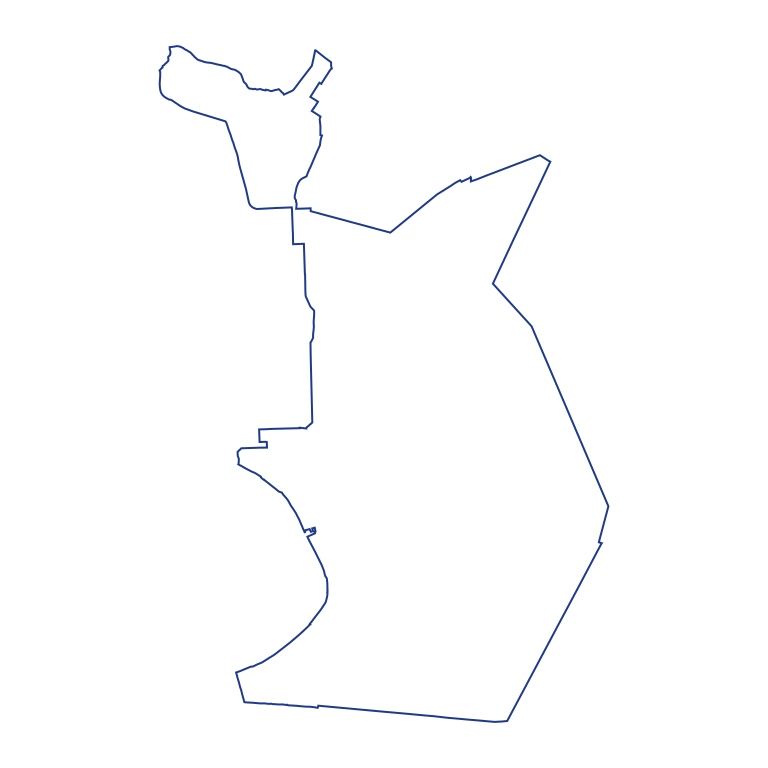 Hilversum, Noord-Holland, Netherlands (Mercator projection)
{"feature_id": "6326949B10155979142139", "entity_name": "Hilversum", "entity_type": "district", "adm_level": 2, "iso_a3": "NLD", "parent_name": "Netherlands", "parent_adm1": "Noord-Holland", "projection": "mercator", "projection_center": [5.144, 52.232], "detail": "fine", "context": "isolated", "style": "outline", "palette": "blue", "viewbox_px": 768, "rotation_deg": 0, "n_neighbors": 0, "source": "geoboundaries", "source_scale": "gbopen_adm2", "svg_char_len": 5854}
<svg xmlns="http://www.w3.org/2000/svg" viewBox="0 0 768 768"><path d="M608.4,506.3L566.3,407.5L553.4,377.3L531.6,326.3L492.9,283.7L513.2,240.2L535.8,192.5L550.3,161.7L548.2,160.6L539.9,155.2L486.3,175.6L477.0,179.3L470.9,181.4L471.0,178.5L470.9,177.6L470.9,177.3L470.6,177.0L470.3,177.5L469.7,177.9L469.0,178.3L461.5,181.8L460.2,180.2L457.6,181.6L455.2,182.9L451.3,185.5L451.1,185.7L437.1,194.4L390.3,232.6L376.1,228.8L310.7,211.2L310.6,208.3L303.5,208.6L296.2,208.8L296.4,206.9L296.6,204.0L296.5,202.9L296.4,202.5L296.0,201.9L296.0,200.3L295.4,199.3L294.9,198.4L294.7,197.3L294.7,196.1L295.1,194.3L295.5,192.6L296.5,187.6L296.6,187.1L298.0,183.6L298.4,182.7L298.7,182.1L299.9,180.4L300.8,179.5L301.6,178.9L302.6,178.3L306.4,176.4L306.7,176.0L307.2,174.4L309.3,169.4L310.5,167.0L311.7,164.2L316.4,153.1L320.0,145.1L320.1,143.6L320.6,140.2L321.2,137.8L322.0,135.5L320.4,135.1L320.4,125.8L319.7,119.6L319.7,119.1L319.9,118.4L320.5,116.6L315.2,113.1L311.8,111.0L313.7,108.1L313.8,107.9L314.0,108.0L317.0,103.3L318.0,101.7L310.4,96.9L319.4,82.7L321.3,83.9L321.5,83.6L321.5,83.4L329.7,70.7L331.1,68.8L331.8,68.6L331.8,68.3L331.3,66.8L331.1,65.3L331.1,62.8L331.1,62.5L331.1,62.4L329.2,60.8L328.3,60.3L327.3,59.4L325.9,58.5L315.6,50.3L315.2,50.3L313.4,59.0L312.0,65.2L311.7,66.0L307.4,71.6L303.3,76.9L300.1,81.1L295.4,87.4L293.5,89.8L292.6,90.5L291.9,90.9L283.9,94.6L283.0,93.1L282.1,92.5L281.0,91.4L280.6,90.8L279.9,90.3L279.1,89.4L278.7,89.2L277.0,89.7L274.5,90.2L272.1,91.0L271.0,91.1L270.3,90.9L268.2,90.2L267.3,89.9L265.9,89.7L265.6,90.4L262.8,89.9L261.4,89.4L260.7,89.1L259.6,89.1L257.3,89.5L256.8,89.5L256.2,89.3L255.2,88.9L254.7,88.8L253.5,89.2L253.0,89.2L251.9,88.8L250.1,88.7L249.3,88.5L248.5,87.9L248.0,87.3L247.3,86.5L246.7,85.0L245.9,83.9L245.4,83.3L244.2,82.3L243.9,82.0L243.7,81.6L243.2,80.2L242.8,78.9L242.4,77.9L241.3,75.0L241.0,74.3L239.0,72.3L237.4,71.3L235.7,70.2L234.9,69.8L232.1,69.2L231.0,68.9L230.2,68.5L226.9,66.7L225.1,66.2L224.5,65.9L222.9,65.7L220.2,65.0L218.0,64.6L211.1,62.9L207.1,62.5L204.6,62.0L203.1,61.5L201.5,60.9L199.4,60.3L198.2,59.8L197.3,59.4L196.1,58.2L194.5,56.9L193.8,56.0L192.0,54.2L191.4,53.4L190.3,52.4L188.9,51.6L188.3,51.3L187.4,50.5L186.5,50.2L184.5,49.1L183.3,48.1L180.1,46.6L179.6,46.5L177.0,46.1L173.6,46.7L169.7,47.1L169.7,48.5L169.7,49.5L169.9,49.9L170.0,50.2L170.4,51.3L170.4,51.6L170.4,52.4L170.3,53.3L170.3,53.8L170.2,54.5L169.9,55.1L169.4,55.7L168.4,56.6L168.2,57.0L168.2,57.4L168.4,59.4L168.4,60.0L168.4,60.4L168.3,60.7L168.1,61.1L167.9,61.3L167.5,61.6L166.7,62.6L165.3,63.7L164.3,64.9L162.7,65.9L162.5,66.3L162.6,67.5L162.1,67.8L161.7,68.1L159.6,70.5L159.8,70.7L160.0,71.5L160.2,71.9L160.2,72.8L160.2,76.4L159.8,81.5L159.7,83.4L159.8,86.2L160.2,89.6L160.6,91.3L160.8,91.8L161.4,93.3L162.0,94.3L162.7,95.2L163.5,96.0L164.4,96.8L165.3,97.4L168.9,99.5L169.5,99.6L170.3,99.7L171.2,99.9L175.4,102.7L180.1,105.9L184.6,108.4L193.2,111.5L225.0,121.2L225.6,121.6L226.1,122.1L226.3,122.6L227.5,126.1L228.4,129.1L229.0,130.8L230.5,134.6L231.4,137.6L232.7,141.4L233.2,142.4L234.4,146.5L236.3,151.8L237.0,153.9L237.6,156.0L238.3,159.9L238.9,163.0L239.5,165.7L240.0,167.6L242.0,174.8L246.0,189.1L248.8,202.0L249.2,203.3L250.0,204.9L250.4,205.4L252.2,207.1L253.0,207.6L254.0,208.1L256.0,208.8L257.2,209.0L276.0,208.0L291.8,207.4L292.0,209.3L292.7,229.5L292.9,232.7L293.1,244.2L303.9,243.8L304.6,265.5L304.9,274.4L305.1,274.5L305.4,292.0L305.6,295.5L305.8,296.5L310.1,306.0L310.4,306.6L311.1,307.4L313.8,310.2L314.1,310.9L314.2,311.9L314.1,315.3L313.7,321.1L313.7,324.2L313.9,326.4L313.5,331.1L313.3,332.4L313.1,334.1L313.1,336.9L313.0,338.0L312.9,338.2L311.2,341.7L310.7,342.1L310.5,342.5L310.7,356.4L311.6,393.3L312.3,422.5L306.4,427.7L306.3,428.5L299.7,427.7L299.7,428.2L298.9,428.2L271.5,428.9L266.2,429.2L259.1,429.4L259.6,442.0L265.6,441.8L266.8,442.0L267.0,447.6L258.8,447.7L241.3,448.3L237.6,451.9L237.6,452.3L237.7,454.7L237.8,456.0L238.8,458.7L238.8,460.2L238.7,462.8L238.5,463.9L238.3,464.3L240.2,465.4L240.9,465.7L245.2,468.2L250.9,471.2L251.4,471.5L253.7,472.4L255.4,473.2L260.6,476.5L260.9,476.7L260.9,477.4L262.7,479.0L264.9,480.5L264.9,480.4L265.6,481.0L279.1,491.7L282.1,492.7L282.3,493.3L283.0,494.4L284.2,495.8L286.0,497.8L286.8,498.8L288.0,500.4L288.6,501.4L290.3,504.6L291.5,506.6L292.1,507.4L292.3,507.6L296.1,513.5L296.4,514.2L296.6,514.6L299.1,519.4L300.3,522.1L301.0,524.0L302.0,526.0L302.7,528.0L304.7,532.2L305.2,532.0L305.3,531.5L305.3,530.3L309.6,529.1L310.9,531.8L313.1,531.1L312.2,528.4L314.7,527.7L315.5,531.4L314.4,531.6L315.0,533.3L307.4,536.7L309.2,540.6L315.1,551.8L316.7,555.0L321.9,565.5L324.0,571.0L324.7,574.2L325.2,575.8L325.4,576.3L326.6,578.0L326.8,578.5L326.9,579.1L327.3,583.1L327.4,586.5L327.4,589.2L327.5,589.2L327.5,592.4L327.3,592.4L327.4,594.8L327.2,596.1L326.5,599.2L326.1,600.8L325.6,602.3L325.0,603.4L322.8,606.6L321.1,609.3L313.6,619.0L311.4,622.0L311.2,622.1L309.7,624.1L310.2,624.4L303.5,630.8L300.0,634.0L299.2,634.7L291.9,641.0L289.6,642.9L280.6,649.9L275.2,654.1L273.6,655.2L270.0,657.4L263.4,661.6L261.9,662.5L256.6,664.7L253.9,666.1L252.9,666.5L251.3,666.6L249.5,667.2L239.6,671.3L236.1,672.5L236.8,674.9L237.2,676.5L237.4,677.5L238.8,682.0L239.3,683.9L239.6,685.1L239.9,686.4L241.2,690.3L242.9,696.9L244.4,702.2L247.9,702.5L249.7,702.5L250.7,702.7L252.0,702.7L260.1,703.4L264.5,703.4L265.8,703.5L266.0,703.5L266.4,703.6L269.1,703.9L271.0,703.7L272.4,704.1L274.4,704.1L276.9,704.4L277.8,704.4L280.9,704.5L282.4,704.4L282.7,704.5L287.2,705.0L287.5,704.8L287.9,705.2L288.1,705.3L296.9,705.8L298.2,706.0L298.7,706.0L299.0,706.1L299.4,706.1L306.3,706.7L309.0,706.7L311.9,706.9L317.7,707.8L318.3,705.7L378.1,711.2L408.4,713.9L424.3,715.4L433.8,716.2L447.7,717.8L494.6,721.9L502.2,721.5L507.2,721.0L562.0,617.9L567.9,606.9L581.1,582.1L595.1,555.5L601.6,543.3L601.7,543.2L598.9,542.3L599.8,538.6L608.4,506.3Z" fill="none" stroke="#1e3a8a" stroke-width="2"/></svg>